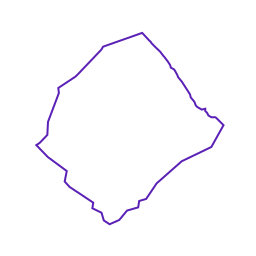 outline of Dickenson, Virginia, United States of America, rotated 75°
{"feature_id": "52423323B95465439207253", "entity_name": "Dickenson", "entity_type": "district", "adm_level": 2, "iso_a3": "USA", "parent_name": "United States of America", "parent_adm1": "Virginia", "projection": "orthographic", "projection_center": [-82.367, 37.131], "detail": "fine", "context": "isolated", "style": "outline", "palette": "violet", "viewbox_px": 256, "rotation_deg": 75, "n_neighbors": 0, "source": "geoboundaries", "source_scale": "gbopen_adm2", "svg_char_len": 880}
<svg xmlns="http://www.w3.org/2000/svg" viewBox="0 0 256 256"><g transform="rotate(75 128 128)"><path d="M211.0,175.3L216.2,170.7L214.6,160.3L207.5,150.3L207.3,138.7L201.4,136.1L201.2,128.8L188.9,114.7L174.0,84.7L167.9,52.4L150.0,35.0L141.0,40.2L140.3,40.9L139.9,41.6L139.7,43.0L139.1,44.8L136.7,47.1L133.8,47.7L131.5,49.0L129.4,48.4L129.3,52.0L125.6,55.7L123.7,56.7L119.8,57.1L114.7,59.5L111.9,59.4L110.9,59.6L97.2,64.0L91.7,66.5L89.8,66.6L84.1,68.0L82.9,68.7L80.8,71.0L78.2,71.0L73.9,72.4L68.3,74.7L67.9,75.0L64.1,76.6L63.1,76.9L59.2,79.2L59.0,79.4L55.6,81.4L52.2,83.3L50.4,83.9L49.1,84.8L41.3,88.9L39.8,89.7L43.0,131.0L45.5,133.6L63.5,163.1L64.8,165.6L71.3,185.0L76.3,185.7L101.4,203.7L113.8,207.7L119.6,217.3L120.8,221.0L135.4,212.9L153.7,198.3L163.3,203.0L169.8,199.7L191.1,180.9L196.3,183.2L203.0,175.5L211.0,175.3Z" fill="none" stroke="#5b21b6" stroke-width="2"/></g></svg>